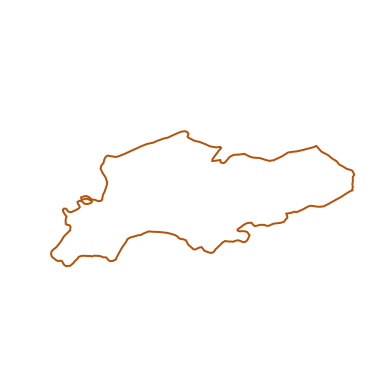 Härjedalen, Jämtland, Sweden (Natural Earth projection), rotated 155°
{"feature_id": "70781695B83252740141506", "entity_name": "Härjedalen", "entity_type": "district", "adm_level": 2, "iso_a3": "SWE", "parent_name": "Sweden", "parent_adm1": "Jämtland", "projection": "natural_earth1", "projection_center": [13.938, 62.166], "detail": "fine", "context": "isolated", "style": "outline", "palette": "amber", "viewbox_px": 384, "rotation_deg": 155, "n_neighbors": 0, "source": "geoboundaries", "source_scale": "gbopen_adm2", "svg_char_len": 3607}
<svg xmlns="http://www.w3.org/2000/svg" viewBox="0 0 384 384"><g transform="rotate(155 192 192)"><path d="M289.8,162.9L288.0,164.5L284.6,167.1L278.8,171.3L274.8,173.5L272.2,175.1L270.5,176.5L267.7,176.9L264.1,176.3L261.5,175.9L258.9,175.5L256.7,174.7L253.5,174.9L248.1,174.6L246.7,173.9L244.1,172.4L239.5,170.1L234.9,167.4L231.3,165.1L228.5,162.8L225.9,160.5L224.3,158.4L223.1,155.2L221.9,154.2L219.7,152.7L217.9,150.8L217.7,145.9L216.9,144.1L216.1,142.5L214.9,139.4L213.1,138.5L209.3,138.6L206.7,138.0L206.1,136.3L205.7,133.6L204.3,132.2L202.5,130.3L200.8,128.9L198.4,128.3L196.6,129.0L195.0,130.1L192.8,130.7L191.0,131.5L188.8,132.1L185.8,133.3L182.8,133.6L181.0,132.4L179.2,131.4L177.3,130.4L175.5,129.5L173.1,129.4L170.9,128.9L169.9,128.1L168.7,127.1L167.7,125.7L166.1,124.7L164.1,124.3L161.9,125.2L159.9,126.9L158.1,128.5L158.9,132.2L159.9,133.5L162.5,135.0L165.7,136.4L166.9,137.7L166.5,138.9L162.9,139.5L159.3,140.3L156.3,140.6L153.7,140.1L151.1,139.0L150.5,136.6L149.6,134.7L146.4,133.8L144.0,133.4L140.2,131.6L138.6,129.7L136.2,128.9L131.7,128.9L127.7,127.6L125.3,126.7L121.3,126.1L118.9,127.4L116.5,128.3L115.9,130.3L115.7,132.5L113.1,131.8L110.1,131.1L107.3,130.8L106.0,129.6L103.0,129.4L98.6,129.4L92.4,129.8L89.8,129.2L87.5,127.7L84.9,125.9L82.1,124.5L78.9,123.4L73.6,123.5L64.2,124.2L59.0,124.5L53.2,125.4L48.1,125.9L45.9,125.7L45.9,126.4L44.4,128.1L43.3,131.3L41.5,134.1L40.0,137.6L37.6,139.2L37.6,143.3L39.2,145.3L41.1,146.7L42.2,147.9L44.2,151.1L47.0,154.7L47.9,158.7L49.4,161.0L51.0,163.4L52.8,167.5L57.7,174.0L59.1,178.8L59.9,181.2L63.2,181.3L69.2,182.4L75.7,183.6L80.5,184.7L83.7,185.9L88.2,187.2L95.4,186.3L104.6,186.3L108.8,187.5L113.2,191.3L116.5,194.4L120.3,196.3L123.6,198.5L126.8,202.3L128.3,204.4L133.1,205.9L136.4,207.2L138.7,208.1L143.2,207.9L146.2,206.4L149.2,205.0L151.3,204.8L153.4,206.6L152.8,209.0L157.5,210.4L160.5,211.5L159.6,213.1L155.1,215.5L149.7,218.4L147.1,219.5L147.3,220.9L151.2,222.2L153.0,223.4L156.6,226.0L159.3,229.3L161.0,231.1L164.3,234.5L167.9,237.1L170.6,240.6L172.1,242.4L172.7,244.0L170.6,246.2L170.9,248.2L172.7,250.1L176.5,251.3L182.8,251.5L190.6,251.5L195.1,252.4L201.1,253.0L206.8,253.2L212.1,254.5L216.7,254.8L218.7,254.9L221.7,254.9L230.5,255.0L235.9,255.0L240.5,255.2L244.9,255.6L247.2,256.5L249.3,258.1L251.4,259.3L252.8,260.6L253.0,260.6L254.5,260.6L256.6,259.5L258.1,258.1L258.9,257.1L260.0,255.7L262.9,254.4L265.0,251.8L265.0,247.1L264.2,241.9L264.8,236.5L266.1,234.5L268.9,231.5L271.4,228.9L273.7,227.2L275.4,225.0L276.7,223.0L278.7,222.5L281.0,223.4L283.1,225.8L285.9,227.5L286.9,229.6L287.6,231.1L289.5,233.0L292.1,233.8L294.8,234.0L295.2,232.7L295.2,231.8L294.0,231.3L291.1,230.8L289.7,230.0L287.7,227.7L286.8,226.5L286.7,225.5L288.5,224.8L290.7,225.0L292.5,225.6L294.4,226.8L295.0,228.3L295.5,229.5L296.0,230.6L297.7,231.6L299.9,231.5L300.4,229.7L299.9,227.5L300.1,225.7L302.0,224.9L306.2,224.7L309.8,224.8L311.6,225.6L312.7,227.3L312.8,229.0L313.3,230.1L315.0,231.1L316.6,230.4L317.0,228.0L316.4,223.9L316.0,222.9L318.0,220.7L319.0,218.6L319.9,216.4L318.9,214.9L317.0,213.6L316.8,211.8L318.7,208.8L326.7,205.9L332.0,202.4L338.3,199.3L341.9,198.5L344.4,197.5L345.9,195.5L346.4,192.6L345.1,190.1L344.0,187.7L342.5,186.0L340.3,185.4L339.0,184.2L338.9,182.5L338.9,180.9L338.4,179.5L337.5,178.0L337.4,177.9L335.6,177.4L333.6,176.6L331.5,177.2L329.1,177.9L327.1,179.0L323.9,180.0L322.1,181.1L319.2,180.8L316.6,179.8L314.1,178.3L311.5,177.2L310.2,176.0L307.8,175.7L304.8,174.2L301.9,172.4L300.2,170.4L297.4,169.0L296.9,167.3L296.6,165.7L295.6,164.0L293.1,163.0L290.3,163.1L289.8,162.9Z" fill="none" stroke="#b45309" stroke-width="2"/></g></svg>